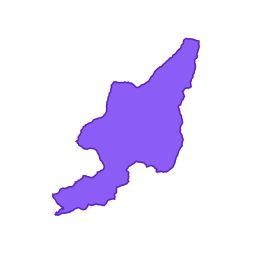 the district of Kazhi, Wangdi Phodrang, Bhutan, rotated 14°
{"feature_id": "84629894B17880677073525", "entity_name": "Kazhi", "entity_type": "district", "adm_level": 2, "iso_a3": "BTN", "parent_name": "Bhutan", "parent_adm1": "Wangdi Phodrang", "projection": "orthographic", "projection_center": [90.104, 27.757], "detail": "fine", "context": "isolated", "style": "filled", "palette": "violet", "viewbox_px": 256, "rotation_deg": 14, "n_neighbors": 0, "source": "geoboundaries", "source_scale": "gbopen_adm2", "svg_char_len": 5847}
<svg xmlns="http://www.w3.org/2000/svg" viewBox="0 0 256 256"><g transform="rotate(14 128 128)"><path d="M166.9,163.9L167.0,163.5L167.5,163.2L168.4,163.1L169.3,162.9L169.8,162.6L170.2,162.2L170.8,162.1L171.6,162.1L173.1,162.3L174.5,161.4L175.6,161.4L176.1,161.1L176.9,160.3L177.8,159.5L178.7,157.9L179.3,157.4L180.8,155.4L181.2,154.2L181.4,152.2L181.8,151.2L181.8,149.6L181.9,149.1L181.7,148.3L181.9,146.9L181.8,145.0L181.9,144.5L182.2,144.0L182.3,143.1L182.6,142.3L182.8,138.3L183.5,135.2L183.9,134.0L184.7,132.8L184.8,132.3L184.5,131.0L184.2,130.5L184.1,129.3L184.2,127.8L184.4,127.0L184.2,125.4L183.2,124.5L182.8,123.3L181.8,121.7L181.0,120.8L179.9,119.9L179.2,119.1L179.6,118.0L179.3,117.2L178.7,116.0L178.6,115.3L178.8,112.9L179.7,110.0L179.5,109.1L178.8,107.7L178.3,106.2L177.3,105.2L177.1,103.8L176.5,102.8L175.7,102.3L175.3,101.7L174.8,101.3L174.2,99.3L173.4,98.5L173.2,97.6L172.9,97.0L172.3,96.2L171.8,96.0L171.5,95.4L171.9,94.3L172.3,93.4L173.4,92.9L173.3,91.5L173.6,90.1L173.6,87.9L174.4,87.4L174.6,86.5L174.7,85.1L174.6,84.7L175.1,84.3L175.2,83.9L174.8,83.1L173.5,81.8L173.6,81.4L173.4,81.0L172.0,79.5L172.5,79.1L173.0,78.1L173.2,76.9L173.8,75.9L175.0,75.1L175.9,74.7L176.6,74.9L178.4,73.8L179.2,72.9L179.1,71.9L178.5,71.1L178.4,70.4L177.9,69.6L177.6,68.5L177.2,67.9L178.0,67.0L177.7,65.0L178.1,64.4L178.7,62.7L178.5,62.0L178.0,61.0L178.2,60.7L178.3,60.2L178.7,59.4L178.9,58.7L178.6,57.7L178.9,54.1L178.6,51.8L177.7,49.8L177.0,48.9L176.3,45.9L176.4,45.6L176.3,44.9L177.6,43.6L178.0,42.5L178.0,41.6L177.7,40.9L177.2,40.4L176.8,39.5L177.2,37.6L177.2,35.4L177.4,32.7L177.2,31.0L176.2,29.5L176.3,28.7L175.7,26.4L174.4,26.6L170.9,26.4L169.7,26.1L166.1,26.6L164.9,27.0L163.0,27.0L162.5,27.4L161.4,28.4L161.1,29.0L160.8,30.7L161.3,31.7L161.2,32.7L161.0,33.1L160.4,33.8L159.8,35.2L160.0,36.6L159.7,37.8L159.7,38.2L158.2,39.7L158.0,40.5L157.4,41.2L156.1,44.5L155.5,45.0L155.1,45.6L154.6,45.9L154.1,46.4L154.0,46.8L154.1,47.4L153.8,48.6L153.3,49.2L152.3,49.6L151.4,50.5L150.8,52.2L149.3,53.9L148.6,55.7L147.5,56.8L146.8,57.8L146.2,59.3L145.4,60.4L144.4,60.8L144.0,61.2L143.9,62.0L143.4,62.2L143.1,62.7L142.7,63.0L142.1,63.8L142.1,64.3L140.9,65.5L140.9,65.9L140.2,66.9L140.1,68.1L139.7,69.3L139.4,71.4L138.5,72.1L138.1,72.6L137.9,73.6L137.5,74.6L137.5,75.5L137.1,76.1L137.0,77.3L135.4,78.8L135.1,79.5L134.4,79.9L134.2,80.3L133.6,80.9L132.9,81.8L131.7,82.5L130.8,82.8L130.5,83.2L130.2,84.0L129.1,85.0L128.9,85.5L127.8,86.4L125.5,86.4L124.2,85.3L123.3,85.0L122.7,84.5L122.1,84.6L121.1,83.8L120.3,83.7L118.7,84.1L117.8,83.9L117.2,83.4L117.0,83.5L116.7,84.0L116.1,84.4L113.9,84.1L111.9,85.4L110.5,85.4L108.5,86.2L107.8,86.2L106.7,86.4L105.7,86.3L105.0,86.0L104.7,86.1L103.3,86.7L102.8,87.5L102.2,89.3L101.5,90.7L101.6,91.2L102.1,92.4L102.1,95.2L102.3,96.1L102.2,97.5L101.4,99.3L101.7,100.2L101.7,101.6L101.4,102.6L101.4,103.6L101.7,105.6L101.3,108.5L101.8,109.7L101.8,112.1L102.3,112.9L102.6,113.7L102.7,115.2L103.2,117.2L102.5,120.0L101.7,121.3L101.3,122.6L101.0,123.0L100.4,123.5L100.1,124.0L98.4,125.0L97.6,125.2L95.0,127.0L93.2,127.9L92.5,128.9L91.8,130.8L90.2,132.2L88.8,132.9L87.8,134.0L86.2,135.2L86.0,135.5L85.9,136.6L84.7,137.3L84.4,138.0L84.0,140.1L83.6,140.8L83.2,141.3L83.0,142.1L82.9,142.3L83.7,143.4L82.9,146.4L82.0,148.3L82.0,149.7L82.5,150.5L82.6,151.7L81.0,153.5L81.7,153.7L82.3,154.2L82.9,155.0L83.5,155.1L84.8,156.8L86.1,156.8L88.5,157.8L89.7,158.5L90.4,158.7L91.6,158.8L92.1,158.4L92.5,158.4L93.2,158.5L93.7,158.4L96.1,156.8L97.8,156.6L99.3,156.3L100.7,156.4L103.1,157.5L105.2,160.3L106.3,161.1L108.3,164.8L108.9,165.6L109.6,166.2L110.6,166.5L112.8,169.1L113.7,169.8L114.4,171.8L114.3,173.9L113.4,175.0L111.9,175.9L111.4,176.9L111.1,177.2L109.0,178.2L109.1,178.6L109.1,179.5L109.0,180.1L108.7,180.5L106.6,183.6L105.5,184.3L104.8,184.9L103.6,185.2L101.8,184.8L100.3,185.0L98.8,184.7L98.0,184.7L97.5,184.8L96.6,185.2L96.1,185.2L96.1,187.0L95.4,188.2L94.6,189.0L94.2,189.8L93.6,190.3L93.0,190.4L91.8,192.1L91.2,192.7L90.0,193.2L90.4,193.8L90.3,194.5L89.6,195.3L89.4,196.7L88.0,198.7L86.4,198.9L84.7,199.5L83.7,200.1L83.5,200.7L82.8,201.3L82.1,201.4L81.1,202.1L79.4,202.1L78.7,202.4L77.5,203.5L77.0,204.3L76.6,206.7L76.1,208.1L72.5,210.3L71.7,210.6L71.2,210.3L71.3,211.4L71.5,212.4L72.3,213.4L75.1,215.3L76.1,216.7L78.0,218.5L80.6,219.4L81.9,220.3L83.0,220.4L84.1,221.0L84.9,221.2L85.1,221.4L85.0,222.0L84.4,222.4L83.3,222.2L83.3,222.4L82.0,223.4L81.5,224.3L81.3,225.4L81.1,225.4L81.1,226.1L80.9,226.6L79.7,227.0L79.1,226.9L78.6,227.7L78.6,227.9L78.8,228.4L78.2,229.4L78.8,229.5L79.0,229.9L79.8,229.6L80.8,229.6L82.0,229.2L82.4,228.5L83.4,227.9L84.4,226.7L85.1,226.4L87.0,226.1L91.0,224.1L91.8,223.9L92.5,222.7L94.6,221.4L95.3,220.1L96.4,219.0L99.1,217.3L99.9,217.3L101.3,217.6L101.8,217.9L104.7,218.0L105.6,217.4L106.6,217.0L107.3,214.8L107.9,213.6L107.7,212.9L108.0,211.6L110.3,212.0L111.5,211.9L113.2,211.1L114.0,210.2L115.2,209.6L116.4,209.4L117.9,209.5L119.4,209.1L120.4,209.1L121.2,209.3L123.6,209.0L123.9,208.1L124.3,207.7L125.2,206.3L125.8,203.2L128.2,201.5L130.6,200.4L132.2,200.3L131.9,198.8L132.1,198.3L132.0,197.8L130.8,196.2L131.2,195.1L132.0,194.2L132.3,193.7L132.4,193.2L131.2,188.4L131.9,187.9L132.8,187.6L134.2,186.4L135.3,185.7L135.8,185.2L137.5,184.4L139.0,183.1L140.1,182.6L140.5,181.8L140.6,181.3L141.6,179.9L141.7,179.6L140.4,178.4L140.3,178.1L140.7,177.0L140.5,176.2L140.4,174.6L139.7,173.7L139.5,172.1L139.6,171.5L139.5,171.0L139.3,170.8L138.0,170.1L137.1,169.9L136.5,169.0L136.5,168.4L137.3,167.5L137.5,166.8L137.7,165.2L138.7,164.5L140.5,162.7L142.5,160.7L143.1,159.8L143.2,159.2L143.5,158.6L144.0,158.3L146.1,158.6L147.5,158.2L149.8,158.1L150.8,157.9L151.8,157.9L152.8,158.6L153.9,158.8L155.1,160.4L155.5,161.2L156.1,161.0L157.3,160.0L159.1,158.9L160.3,158.8L162.8,159.5L163.6,160.3L164.7,160.8L165.9,160.9L165.8,162.1L166.0,163.3L166.9,163.9Z" fill="#8b5cf6" stroke="#5b21b6" stroke-width="1.5"/></g></svg>